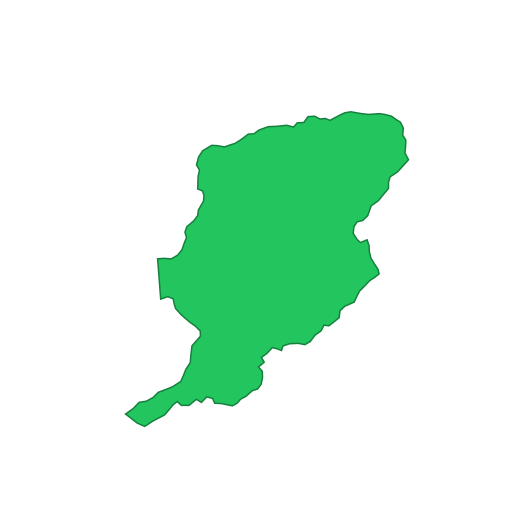 Ipeúna, São Paulo, Brazil (Natural Earth projection), rotated 60°
{"feature_id": "56859067B44866208226492", "entity_name": "Ipeúna", "entity_type": "district", "adm_level": 2, "iso_a3": "BRA", "parent_name": "Brazil", "parent_adm1": "São Paulo", "projection": "natural_earth1", "projection_center": [-47.707, -22.435], "detail": "fine", "context": "isolated", "style": "filled", "palette": "green", "viewbox_px": 512, "rotation_deg": 60, "n_neighbors": 0, "source": "geoboundaries", "source_scale": "gbopen_adm2", "svg_char_len": 2051}
<svg xmlns="http://www.w3.org/2000/svg" viewBox="0 0 512 512"><g transform="rotate(60 256 256)"><path d="M327.6,448.0L334.7,445.1L341.3,442.4L347.9,437.6L347.4,427.8L347.9,414.5L345.8,408.6L343.4,402.1L342.7,397.0L348.1,395.3L351.9,388.6L350.3,379.3L355.5,376.5L353.4,369.1L357.6,364.8L362.8,365.4L366.6,359.6L369.7,356.2L374.0,351.3L374.0,345.7L372.3,340.9L372.5,334.9L370.8,326.6L372.0,321.2L369.6,315.6L364.5,311.1L359.0,308.2L353.3,309.3L352.1,302.0L346.5,302.0L345.8,295.2L343.5,287.7L347.0,284.0L350.6,281.2L347.4,277.7L348.8,270.7L352.9,262.9L357.2,258.0L357.2,251.8L354.1,244.5L353.3,236.9L349.8,231.8L352.9,227.8L352.1,221.9L351.0,214.8L345.5,210.7L343.9,204.4L345.0,194.0L341.3,188.7L338.2,183.9L336.3,177.0L334.2,170.0L333.8,163.5L333.0,158.3L328.5,157.0L321.7,157.4L315.5,157.6L308.7,155.6L303.6,152.9L297.5,151.7L296.6,158.8L292.3,160.2L284.9,160.5L279.6,156.5L277.0,151.4L278.6,145.8L277.0,139.2L270.1,131.1L269.3,122.4L266.6,115.3L263.7,107.4L258.3,104.3L254.5,100.3L253.9,91.3L251.2,82.9L248.9,75.8L241.2,75.5L236.2,71.9L230.5,68.3L224.6,68.5L219.0,64.5L212.3,64.0L208.1,66.3L202.6,68.8L197.9,73.6L194.5,77.8L189.7,87.7L185.1,93.9L178.5,101.8L176.4,107.4L175.9,112.8L175.5,124.1L171.4,127.4L169.5,132.0L164.3,135.3L161.3,141.3L164.3,147.8L161.3,153.6L163.1,159.0L158.1,164.1L154.2,172.9L150.1,180.8L148.4,190.3L149.1,196.8L146.6,201.7L147.7,210.9L148.0,217.7L146.8,223.3L145.8,228.7L140.9,234.6L138.0,239.1L138.2,249.6L141.6,256.3L147.4,262.0L153.4,262.0L157.9,266.2L162.7,269.2L168.8,273.0L172.8,269.8L177.6,270.8L182.3,274.1L187.3,282.8L191.8,286.3L194.4,292.2L196.0,301.2L199.8,305.6L205.3,307.0L209.3,312.1L213.5,316.9L216.1,323.4L216.1,331.0L212.4,336.2L209.2,342.6L245.7,360.1L247.1,352.8L251.6,349.1L256.5,350.8L261.3,351.9L269.3,350.2L274.1,348.6L280.0,346.5L286.7,343.5L293.2,341.8L297.7,344.3L301.8,356.4L309.1,361.8L315.5,366.3L319.0,373.3L322.6,377.8L327.0,383.8L327.5,393.6L326.7,399.6L325.2,408.7L327.1,415.9L326.9,423.6L324.3,430.3L326.7,438.5L327.6,448.0Z" fill="#22c55e" stroke="#15803d" stroke-width="1.5"/></g></svg>